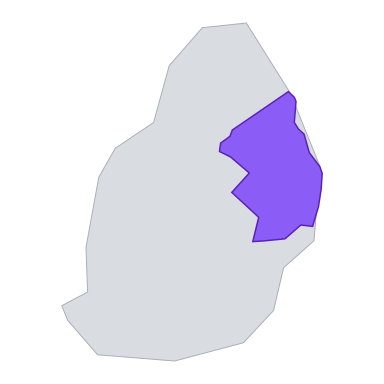 Mauritius, with Flacq highlighted
{"feature_id": "MUS-5184", "entity_name": "Flacq", "entity_type": "District", "adm_level": 1, "iso_a3": "MUS", "parent_name": "Mauritius", "parent_adm1": "", "projection": "natural_earth1", "projection_center": [57.71, -20.212], "detail": "fine", "context": "in_parent", "style": "filled", "palette": "violet", "viewbox_px": 384, "rotation_deg": 0, "n_neighbors": 0, "source": "natural_earth", "source_scale": "10m", "svg_char_len": 721}
<svg xmlns="http://www.w3.org/2000/svg" viewBox="0 0 384 384"><path d="M243.5,342.7L174.6,361.0L97.6,354.8L67.6,320.2L61.8,305.7L87.6,292.0L86.0,247.6L98.8,177.2L115.3,148.2L153.6,122.5L169.2,65.7L202.3,27.7L246.3,23.0L290.3,93.1L320.1,166.8L314.0,240.7L283.6,267.7L273.6,310.4L243.5,342.7Z" fill="#d9dde1" stroke="#a8b0b8" stroke-width="1"/><path d="M288.4,91.6L294.4,97.4L296.0,101.5L294.3,122.4L298.5,129.1L304.1,134.2L309.3,152.6L319.8,166.6L322.2,173.4L321.2,188.9L318.5,206.6L312.6,226.4L300.8,225.0L285.0,238.8L263.9,240.9L252.8,241.6L258.7,217.3L231.8,192.4L249.3,173.0L230.6,157.0L219.5,151.5L219.8,148.9L220.6,143.1L230.0,136.2L232.3,130.0L288.4,91.6Z" fill="#8b5cf6" stroke="#5b21b6" stroke-width="1.5"/></svg>